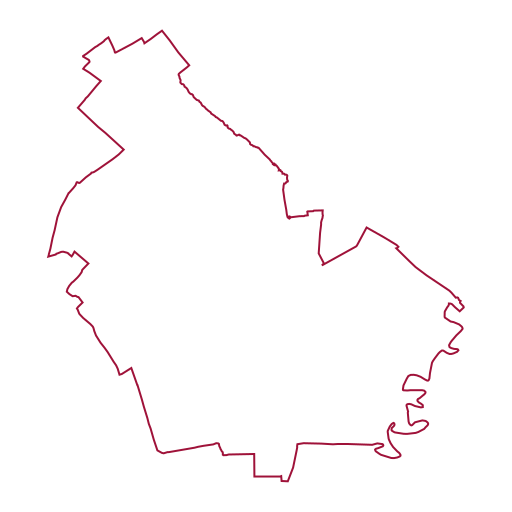 outline of Berezeni, Vaslui, Romania
{"feature_id": "2599482B46887987422837", "entity_name": "Berezeni", "entity_type": "district", "adm_level": 2, "iso_a3": "ROU", "parent_name": "Romania", "parent_adm1": "Vaslui", "projection": "albers", "projection_center": [28.128, 46.41], "detail": "fine", "context": "isolated", "style": "outline", "palette": "rose", "viewbox_px": 512, "rotation_deg": 0, "n_neighbors": 0, "source": "geoboundaries", "source_scale": "gbopen_adm2", "svg_char_len": 5971}
<svg xmlns="http://www.w3.org/2000/svg" viewBox="0 0 512 512"><path d="M372.2,444.8L377.3,443.4L382.5,444.1L383.1,444.6L383.3,445.5L382.8,446.3L378.0,448.2L376.1,448.7L375.1,449.5L375.3,450.5L375.8,451.3L379.5,453.9L381.0,454.8L384.5,455.9L391.3,458.0L394.0,458.1L397.2,457.5L399.7,456.5L400.5,455.7L400.4,454.6L399.2,452.9L397.3,451.4L393.1,447.0L390.6,443.2L388.9,439.5L388.6,438.5L387.7,431.8L387.8,430.8L389.8,426.5L391.7,424.0L393.4,422.9L394.2,423.3L394.5,424.3L394.3,425.4L393.8,426.1L391.7,428.1L391.5,430.0L392.0,430.8L394.5,432.3L395.4,432.5L403.7,433.8L407.0,433.9L415.7,432.9L418.3,432.0L424.2,428.9L425.5,427.3L427.6,425.3L428.1,424.2L428.1,423.3L427.6,422.5L426.2,421.3L425.3,420.9L422.4,420.4L415.0,422.3L412.2,425.1L411.3,425.4L410.5,425.0L409.2,423.5L408.6,421.6L407.8,412.6L408.1,411.6L406.5,405.7L406.7,404.7L407.4,404.2L409.3,403.9L411.3,404.3L414.9,406.0L419.1,407.0L420.9,407.4L422.8,407.1L422.8,405.2L421.3,403.9L418.7,402.3L417.5,400.9L417.4,400.0L417.9,399.1L419.7,398.1L424.4,394.2L425.2,393.3L425.5,392.5L425.4,391.8L424.1,390.6L422.1,390.2L410.4,390.2L407.5,390.5L403.6,390.3L403.1,390.1L402.9,389.3L403.5,385.4L407.0,378.2L407.6,377.4L408.0,376.4L408.8,375.8L410.7,374.9L413.7,374.8L416.7,375.3L420.6,376.8L424.8,379.4L427.2,380.6L428.1,380.6L428.7,380.1L429.4,378.5L430.0,373.0L432.0,362.8L432.8,361.2L434.8,358.3L438.5,353.4L439.9,352.0L441.9,350.5L442.7,350.5L443.5,350.7L446.7,352.8L449.6,354.0L451.6,353.9L453.5,353.4L457.1,351.8L458.4,350.3L458.0,349.5L457.1,349.1L454.1,348.9L451.3,348.1L449.6,347.2L449.1,345.6L449.2,344.9L450.7,342.2L451.9,340.6L456.4,335.3L460.8,331.1L462.0,329.6L462.6,328.8L462.4,327.8L462.0,327.0L461.4,326.3L459.1,324.4L453.6,322.1L450.6,321.5L444.8,317.5L444.6,316.5L444.7,312.1L444.9,311.3L447.2,307.3L448.5,305.6L448.9,304.4L448.9,303.5L450.6,303.6L452.0,304.2L455.0,307.2L459.7,311.3L463.7,307.5L463.5,306.4L460.0,302.8L460.1,301.6L460.6,301.0L459.0,300.0L458.1,297.8L457.2,297.4L455.8,297.7L451.4,292.6L449.3,290.6L426.5,275.3L415.6,267.1L409.1,260.9L396.3,248.3L397.2,248.0L398.4,246.8L396.5,244.9L384.1,237.4L366.6,227.5L357.7,244.1L356.8,245.7L356.0,246.5L321.9,265.4L323.5,263.8L323.7,263.0L318.7,253.4L320.1,232.7L321.1,224.7L321.1,222.4L321.7,220.1L322.5,217.9L322.6,216.8L322.9,215.5L322.6,214.4L322.5,212.6L322.7,210.4L313.9,210.6L313.1,211.2L307.6,211.4L307.3,211.6L307.8,215.3L304.7,215.7L304.1,216.1L299.5,216.2L290.6,217.3L290.5,217.0L289.6,216.4L289.2,216.5L289.3,217.4L289.7,218.3L289.3,218.6L287.7,217.4L287.3,216.2L286.8,214.0L286.3,210.0L284.5,199.9L283.1,189.6L283.4,188.1L283.6,185.6L284.1,183.5L285.2,183.5L285.6,183.3L286.1,182.3L287.8,181.5L287.8,180.6L287.4,180.2L287.2,179.8L287.0,177.8L287.3,175.6L286.9,175.0L286.4,174.7L284.8,174.6L284.4,173.9L284.0,173.7L282.5,173.7L282.5,173.2L282.0,171.8L280.5,171.0L280.4,170.8L280.5,170.3L280.4,170.1L279.7,170.0L278.8,170.3L279.0,169.0L278.5,168.4L278.2,167.6L277.8,167.4L277.2,166.4L276.4,165.5L275.8,165.4L275.5,164.6L274.7,164.6L274.5,165.2L274.1,165.1L273.9,164.9L274.5,163.9L274.3,163.6L274.0,163.6L273.6,164.3L273.1,164.3L272.9,164.2L273.0,163.7L272.5,162.9L271.7,162.1L271.3,161.3L270.4,160.5L269.8,159.5L264.7,154.7L258.7,147.9L258.1,147.6L257.6,147.7L257.0,147.2L256.2,147.2L254.2,146.2L253.4,146.3L253.0,145.7L251.9,145.0L251.2,144.9L250.1,144.0L249.9,142.4L247.1,139.6L245.5,138.3L244.4,138.0L240.9,135.6L239.8,135.3L239.7,134.9L239.1,134.6L236.7,135.6L236.3,135.4L235.8,134.7L234.7,134.1L234.2,133.7L233.6,132.0L232.3,130.6L231.0,129.7L230.2,128.9L229.1,128.7L227.9,127.8L227.7,127.6L227.5,125.7L227.1,125.3L226.1,125.6L224.6,124.8L223.7,122.7L222.9,121.5L222.3,121.0L221.0,120.8L216.8,117.4L215.8,117.1L214.9,116.0L211.1,113.5L210.7,112.4L207.9,110.4L207.0,109.5L205.9,108.7L205.0,107.4L203.5,106.2L202.7,105.9L202.0,105.1L200.7,102.6L199.4,101.7L198.9,100.6L196.7,99.9L193.7,97.1L192.9,95.0L191.8,94.1L191.2,94.2L189.9,93.4L188.6,91.8L187.6,89.5L186.4,87.9L184.5,86.6L184.3,85.5L183.5,84.5L183.0,84.2L181.8,84.1L180.5,82.8L180.3,82.2L180.6,80.7L180.5,79.9L179.6,78.0L179.4,76.5L178.7,75.1L178.6,74.5L178.8,73.9L180.3,72.5L187.1,67.2L189.2,65.3L178.3,52.4L169.7,40.4L162.0,30.7L157.0,34.2L150.7,39.0L144.4,43.3L144.0,41.9L141.7,38.1L132.4,43.7L115.6,52.6L115.1,52.6L114.9,52.4L114.3,50.1L112.4,45.7L108.4,37.4L106.2,38.9L104.6,40.2L103.9,41.2L101.3,43.2L98.2,45.2L97.6,45.8L95.2,47.1L86.6,53.7L83.1,56.0L83.1,56.6L88.9,60.0L89.5,61.3L89.5,61.9L89.2,62.3L84.9,66.5L83.2,68.8L89.5,72.7L100.8,81.0L96.3,86.1L87.8,96.4L85.6,98.4L84.8,99.8L77.9,107.8L98.1,126.9L105.5,133.0L123.7,149.6L118.7,154.5L112.5,159.3L97.6,169.7L94.2,171.9L92.7,172.5L91.5,172.6L90.9,173.6L85.9,177.3L79.8,182.8L79.1,183.0L77.3,182.2L76.7,182.3L75.5,185.3L73.2,188.2L68.8,193.1L68.6,193.1L65.2,199.8L61.2,207.0L57.4,217.3L54.6,230.3L52.6,237.7L50.4,248.6L49.1,253.4L48.9,253.9L48.8,254.9L48.3,256.6L55.8,254.5L56.4,253.7L57.3,253.5L61.2,251.9L63.1,251.7L67.0,252.7L68.4,253.4L68.5,253.8L71.6,256.4L72.8,254.7L74.5,251.6L88.4,263.5L82.3,269.8L81.6,272.2L79.4,275.3L77.4,277.6L73.3,281.6L71.8,282.7L69.2,285.9L67.4,289.1L66.8,291.7L69.4,294.1L72.6,296.2L75.6,295.8L77.4,296.9L78.5,297.1L82.6,302.5L78.0,307.0L76.9,308.5L77.7,309.7L79.2,313.6L79.7,314.3L83.2,318.0L90.3,324.0L92.8,326.6L93.5,328.1L94.3,331.1L96.0,335.5L100.6,342.8L104.5,347.7L107.6,352.0L113.6,361.7L116.1,365.3L117.7,368.7L119.5,374.7L121.8,374.0L131.3,368.0L137.3,385.1L137.5,385.1L141.9,399.6L143.8,406.5L147.4,418.2L148.8,423.8L150.6,428.5L153.8,439.7L157.4,450.4L161.9,452.9L163.7,453.3L167.6,452.1L169.0,452.1L194.6,447.7L198.1,446.8L203.6,445.8L213.3,444.4L216.2,443.2L218.2,443.4L218.9,443.9L219.3,446.2L220.1,447.7L220.6,449.2L221.0,449.7L221.8,451.3L222.7,452.2L222.9,454.1L222.8,454.7L223.4,455.2L226.5,455.1L228.7,454.5L254.2,454.0L254.4,476.5L280.1,476.5L281.2,476.1L281.6,481.0L287.8,481.3L293.1,467.6L296.6,450.6L297.2,447.3L297.1,446.2L297.4,444.2L303.6,443.2L321.2,443.6L332.9,444.3L337.7,444.0L347.7,444.0L372.2,444.8Z" fill="none" stroke="#9f1239" stroke-width="2"/></svg>